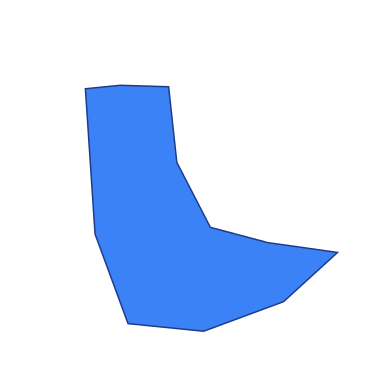 SVG path tracing the border of Gamprin, rotated 337°
{"feature_id": "LIE-4897", "entity_name": "Gamprin", "entity_type": "state/province", "adm_level": 1, "iso_a3": "LIE", "parent_name": "Liechtenstein", "parent_adm1": "", "projection": "mercator", "projection_center": [9.505, 47.21], "detail": "fine", "context": "isolated", "style": "filled", "palette": "blue", "viewbox_px": 384, "rotation_deg": 337, "n_neighbors": 0, "source": "natural_earth", "source_scale": "10m", "svg_char_len": 309}
<svg xmlns="http://www.w3.org/2000/svg" viewBox="0 0 384 384"><g transform="rotate(337 192 192)"><path d="M81.7,288.2L86.3,192.9L134.2,55.3L167.6,65.7L211.6,86.0L189.6,158.8L195.1,231.7L241.8,268.1L302.3,304.5L233.5,328.7L148.3,324.7L81.7,288.2Z" fill="#3b82f6" stroke="#1e3a8a" stroke-width="1.5"/></g></svg>